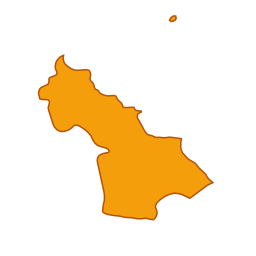 Bình Thuận, Natural Earth projection, rotated 254°
{"feature_id": "VNM-496", "entity_name": "Bình Thuận", "entity_type": "Province", "adm_level": 1, "iso_a3": "VNM", "parent_name": "Vietnam", "parent_adm1": "", "projection": "natural_earth1", "projection_center": [108.248, 11.033], "detail": "fine", "context": "isolated", "style": "filled", "palette": "amber", "viewbox_px": 256, "rotation_deg": 254, "n_neighbors": 0, "source": "natural_earth", "source_scale": "10m", "svg_char_len": 2225}
<svg xmlns="http://www.w3.org/2000/svg" viewBox="0 0 256 256"><g transform="rotate(254 128 128)"><path d="M215.7,86.1L213.6,85.1L211.7,84.6L209.5,84.6L207.2,85.0L205.2,86.1L201.0,89.4L199.5,91.2L198.3,93.0L197.3,95.6L195.8,102.9L194.9,105.4L193.8,106.6L192.3,106.9L190.2,107.0L189.0,106.6L186.3,105.2L184.7,105.0L183.5,105.3L181.0,106.6L179.6,107.0L174.9,107.0L174.2,107.4L172.7,109.4L169.2,110.7L167.1,112.8L165.4,115.4L164.3,117.7L163.1,123.6L161.9,125.2L158.8,125.7L157.8,126.1L153.4,128.7L152.1,128.9L150.0,129.0L149.1,129.5L148.3,131.4L146.7,138.1L146.1,139.5L143.7,139.8L142.5,140.9L140.6,145.4L139.8,145.4L138.7,141.0L135.4,139.8L120.1,143.3L116.6,144.7L115.1,147.0L114.4,148.4L111.5,151.9L110.8,153.9L110.4,155.7L108.7,159.7L107.7,165.7L103.1,176.3L102.3,176.3L100.9,175.3L95.4,173.5L93.4,173.1L90.7,173.3L88.8,173.7L81.5,177.3L76.3,182.3L74.6,183.4L70.0,185.2L61.9,190.1L59.3,190.5L56.4,191.7L52.1,194.5L51.1,188.5L43.4,168.1L49.2,161.5L51.0,158.5L52.6,154.4L52.8,150.0L52.3,145.6L51.1,141.5L49.9,138.6L48.5,135.8L46.9,134.0L45.2,132.8L43.2,132.6L41.1,132.9L38.5,132.6L36.4,131.6L34.1,129.5L32.8,127.3L33.6,125.3L35.6,121.6L36.6,119.1L37.1,115.3L38.5,111.3L40.9,106.5L42.2,102.4L42.8,100.9L45.6,95.7L47.4,91.1L50.0,85.6L51.3,83.5L52.5,81.9L53.5,81.2L54.0,80.8L55.0,80.6L60.8,83.0L65.1,85.4L69.5,86.7L73.2,87.3L104.6,89.3L107.3,90.3L109.1,91.8L109.9,93.7L110.2,95.5L110.3,97.7L110.1,100.3L109.9,101.4L109.9,102.3L110.4,103.2L111.6,103.5L113.1,102.9L114.8,101.2L118.0,96.1L119.7,93.9L122.3,92.2L125.4,91.1L130.6,90.2L134.4,88.6L138.1,86.3L141.2,83.7L143.6,81.4L145.0,79.6L145.3,78.0L145.0,76.5L143.2,72.8L142.5,70.5L142.3,68.0L142.4,65.4L142.9,63.1L143.9,61.3L145.7,59.4L148.7,57.8L151.3,57.1L167.0,56.6L169.7,56.9L173.3,59.1L175.3,59.8L176.7,59.2L177.7,57.6L179.1,53.3L180.2,51.3L186.0,51.5L188.0,52.5L189.7,53.7L190.7,55.3L191.2,57.0L191.7,61.0L192.0,62.6L192.8,64.0L194.0,64.7L197.1,65.6L197.9,66.6L198.2,68.1L198.5,72.2L199.0,73.9L199.9,74.8L201.2,75.0L205.1,74.6L207.5,75.1L210.9,76.8L213.2,79.2L214.8,82.0L215.4,84.0L215.7,86.1L215.7,86.1ZM220.3,197.6L222.3,199.7L223.2,202.5L222.5,204.7L220.0,204.5L218.7,203.0L218.2,200.7L218.6,198.6L220.3,197.6Z" fill="#f59e0b" stroke="#b45309" stroke-width="1.5"/></g></svg>